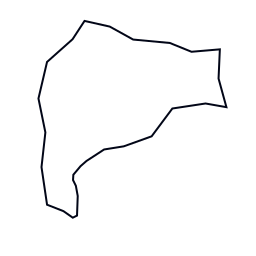 the Unitary Authority of Wokingham, rotated 190°
{"feature_id": "GBR-5701", "entity_name": "Wokingham", "entity_type": "Unitary Authority", "adm_level": 1, "iso_a3": "GBR", "parent_name": "United Kingdom", "parent_adm1": "", "projection": "equal_earth", "projection_center": [-0.911, 51.451], "detail": "fine", "context": "isolated", "style": "outline", "palette": "ink", "viewbox_px": 256, "rotation_deg": 190, "n_neighbors": 0, "source": "natural_earth", "source_scale": "10m", "svg_char_len": 497}
<svg xmlns="http://www.w3.org/2000/svg" viewBox="0 0 256 256"><g transform="rotate(190 128 128)"><path d="M101.6,219.0L78.7,214.1L51.2,221.4L47.4,192.4L34.7,165.6L55.9,165.6L87.7,154.9L103.3,123.9L129.0,109.2L147.8,102.7L163.1,88.4L168.1,82.2L173.7,72.5L173.1,67.2L169.3,62.0L165.7,52.3L163.0,32.9L166.8,30.1L177.1,34.9L194.4,38.4L206.4,74.5L208.6,109.3L221.3,141.5L219.2,179.0L198.0,205.8L189.4,225.9L163.6,224.7L138.3,216.0L101.6,219.0Z" fill="none" stroke="#020617" stroke-width="2"/></g></svg>